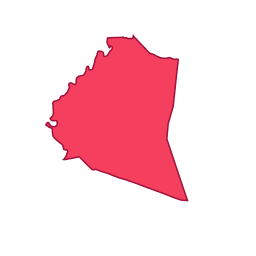 the district of Matam, Matam, Senegal, rotated 246°
{"feature_id": "50182788B95113260184043", "entity_name": "Matam", "entity_type": "district", "adm_level": 2, "iso_a3": "SEN", "parent_name": "Senegal", "parent_adm1": "Matam", "projection": "albers", "projection_center": [-13.438, 15.719], "detail": "fine", "context": "isolated", "style": "filled", "palette": "rose", "viewbox_px": 256, "rotation_deg": 246, "n_neighbors": 0, "source": "geoboundaries", "source_scale": "gbopen_adm2", "svg_char_len": 5849}
<svg xmlns="http://www.w3.org/2000/svg" viewBox="0 0 256 256"><g transform="rotate(246 128 128)"><path d="M218.5,146.3L218.2,146.1L218.4,145.8L217.5,145.3L216.3,144.5L215.1,143.8L214.3,143.6L213.5,143.5L212.5,143.5L211.8,143.6L211.5,143.7L211.4,143.7L211.2,143.7L209.4,143.6L209.0,143.6L208.9,143.7L208.8,143.8L208.7,143.9L208.8,144.1L209.0,144.3L209.1,144.2L209.4,144.0L209.7,144.0L210.6,144.0L211.0,144.1L209.9,145.1L209.6,145.4L209.4,146.1L209.2,146.3L208.8,146.5L208.4,146.4L207.7,146.3L207.1,145.9L206.8,145.7L206.4,145.2L206.0,144.4L205.9,143.8L205.8,143.3L205.7,143.0L205.5,142.8L205.3,142.5L204.8,141.7L204.0,140.7L203.8,140.3L203.2,139.5L202.7,138.3L202.5,137.8L202.6,137.2L202.7,136.6L203.0,135.8L203.3,135.3L203.5,135.1L203.9,135.1L204.9,135.5L205.8,135.9L206.4,136.1L206.6,136.1L206.9,136.1L207.4,135.8L208.3,135.4L208.7,135.2L208.9,134.8L209.6,133.6L210.1,132.5L210.2,132.1L210.1,131.8L210.0,131.5L209.7,131.3L209.0,130.8L208.6,130.2L208.3,130.0L207.8,129.8L207.2,129.3L206.6,128.5L205.8,127.7L204.7,126.5L204.3,126.0L203.9,125.7L202.3,124.6L201.0,123.7L199.9,122.9L198.7,121.7L197.8,120.7L197.6,120.6L197.2,120.5L196.9,120.4L196.7,120.3L196.3,119.5L196.2,119.2L196.2,118.9L196.3,118.0L196.5,117.0L196.6,116.5L196.8,116.2L197.0,116.0L197.3,116.0L197.6,116.0L197.9,116.2L198.3,116.5L198.9,116.8L199.6,116.9L200.0,116.9L200.4,116.7L200.7,116.3L200.8,116.0L200.7,115.6L200.3,115.1L199.7,114.4L198.6,113.5L198.1,113.3L197.9,113.2L197.7,113.1L197.3,112.9L196.9,112.5L196.3,111.7L195.7,111.0L195.0,110.0L194.6,109.1L194.5,108.5L194.5,107.9L194.5,107.3L194.6,107.0L195.0,105.2L195.3,104.4L195.3,104.0L195.3,103.7L195.1,103.0L194.9,102.5L194.7,101.8L194.4,101.4L194.2,101.1L193.4,100.5L192.4,99.9L191.9,99.6L191.5,99.6L191.2,99.6L190.8,99.3L190.1,98.8L189.6,98.3L189.2,97.7L189.1,97.4L189.2,97.2L189.5,97.0L189.7,96.8L190.1,96.3L190.4,96.0L191.6,95.0L192.2,94.5L192.6,94.0L192.7,93.5L192.7,92.9L192.5,92.3L192.2,92.0L191.7,91.6L191.2,91.3L190.1,91.3L189.7,91.2L189.1,90.9L188.0,90.1L186.2,88.2L185.6,87.4L185.3,86.8L185.1,86.2L184.9,85.8L184.2,84.6L183.9,84.0L183.8,83.3L183.8,82.3L184.1,81.2L184.2,80.3L184.1,79.5L183.8,79.0L183.4,78.6L182.8,77.9L182.4,77.6L182.2,77.3L182.0,76.9L181.9,76.6L182.0,76.2L182.0,74.8L181.9,74.5L181.9,74.1L182.0,73.5L182.3,72.6L182.4,72.3L182.4,71.7L182.5,71.5L182.4,71.0L182.2,70.5L182.1,70.2L181.8,69.9L181.3,69.5L180.9,69.2L180.3,69.0L179.8,69.0L179.3,68.9L178.7,68.6L177.8,68.2L176.9,67.8L176.4,67.6L175.7,67.4L173.9,66.7L173.4,66.4L172.8,66.2L171.8,65.8L170.6,65.1L170.4,65.0L169.9,64.4L169.6,63.8L169.4,63.4L169.3,62.9L169.1,62.6L168.9,62.3L168.8,61.4L168.5,61.0L168.3,60.9L168.0,60.8L167.2,60.8L166.6,61.0L166.1,61.3L165.6,61.8L165.3,62.2L165.1,62.6L164.8,63.1L164.6,63.9L164.2,64.8L163.8,65.5L163.5,65.8L163.2,65.8L162.7,65.7L162.1,65.6L161.2,65.4L160.2,64.7L159.7,64.4L159.3,63.8L159.2,63.2L159.0,62.4L159.1,61.6L159.3,60.7L159.8,59.8L160.4,59.3L160.9,58.8L161.3,58.5L161.9,58.2L162.4,58.1L163.2,58.0L164.1,57.8L164.6,57.8L165.3,57.6L165.6,57.2L165.7,56.9L165.6,56.5L165.4,56.1L165.2,55.5L165.0,55.1L164.8,54.8L164.4,54.5L164.2,54.3L163.9,54.2L163.6,54.3L163.4,54.4L163.1,54.8L162.8,55.2L162.3,55.6L161.8,55.8L161.4,55.9L160.9,56.1L160.4,56.8L159.8,57.3L159.0,58.0L158.2,58.2L157.7,58.2L157.2,58.1L156.7,58.0L156.4,57.9L156.0,57.7L155.5,57.5L153.9,56.9L152.5,56.5L151.8,56.4L151.4,56.3L151.1,56.3L149.3,56.6L148.3,56.9L146.8,57.5L144.6,58.6L142.4,59.7L141.8,60.0L140.7,60.6L139.7,61.1L139.0,61.3L138.2,61.3L136.5,61.0L135.6,60.7L135.1,60.6L134.6,60.7L134.0,61.2L133.7,61.6L132.8,63.0L132.2,63.5L131.6,63.7L131.2,63.4L130.7,63.1L130.2,62.6L129.0,61.4L127.9,60.4L127.1,59.4L126.5,58.6L125.9,57.5L125.5,56.7L125.4,56.4L125.1,56.9L124.5,58.5L124.2,60.0L123.9,61.7L123.4,63.1L123.2,64.1L123.0,64.8L122.7,66.3L122.4,67.8L122.1,69.0L121.7,70.6L121.5,71.8L111.1,75.7L107.8,77.0L104.9,78.2L104.5,78.4L104.3,78.7L104.0,79.0L103.8,79.5L103.6,80.4L103.6,81.2L103.5,81.4L103.4,81.6L98.9,86.3L94.6,91.2L89.9,95.7L85.4,100.4L81.0,105.6L78.9,107.6L78.8,108.0L77.4,109.4L76.3,110.6L75.2,111.8L71.1,116.0L68.6,118.4L64.3,122.9L56.9,130.5L54.8,132.6L44.9,142.5L40.8,146.9L40.1,148.0L37.5,152.9L45.1,153.5L71.4,156.0L102.1,159.0L115.5,166.4L129.4,178.1L149.8,189.9L170.2,201.8L170.5,201.6L170.7,201.3L171.0,200.8L171.2,200.4L171.4,199.9L171.4,199.4L171.6,198.9L171.9,198.5L172.0,198.0L172.4,197.5L173.0,197.0L173.4,196.7L173.7,196.4L173.8,196.2L174.2,195.9L174.5,195.6L174.8,195.4L174.9,195.2L175.1,194.8L175.4,194.6L175.5,194.2L175.7,193.4L175.8,193.0L176.0,192.5L176.0,192.0L176.1,191.5L176.3,190.9L176.6,190.4L176.8,190.0L176.9,189.6L177.2,188.9L177.5,188.3L178.2,187.4L178.5,186.7L178.9,186.4L179.1,186.1L179.2,185.7L179.6,185.5L179.9,185.2L180.3,185.1L180.8,184.5L181.1,184.2L181.5,183.9L181.8,183.5L182.3,183.1L182.9,182.7L183.2,182.4L184.2,181.7L184.5,181.5L184.8,181.1L185.2,180.9L185.5,180.5L185.8,180.1L186.1,179.8L186.3,179.4L186.6,179.2L186.9,179.0L187.0,178.7L187.3,178.3L187.8,178.2L188.4,177.9L188.9,177.7L189.4,177.5L190.1,177.3L191.4,176.8L192.2,176.5L192.7,176.4L193.5,176.1L194.1,175.9L194.6,175.8L195.0,175.6L195.5,175.3L196.1,175.1L196.9,174.9L197.5,174.6L198.3,174.3L199.5,174.0L200.1,173.7L201.5,173.2L202.2,173.0L202.8,172.7L203.3,172.6L203.9,172.4L204.5,172.1L205.3,171.9L206.0,171.7L206.6,171.4L207.7,171.0L208.1,170.8L208.6,170.7L209.1,170.7L209.4,170.4L209.9,170.3L209.7,170.2L209.1,169.7L208.7,169.5L208.4,169.2L208.1,168.4L208.1,168.1L208.2,167.6L208.3,167.3L208.5,166.8L208.8,166.5L209.0,166.4L209.0,166.1L209.3,165.5L209.5,165.1L209.4,164.7L209.6,164.4L209.9,164.0L210.2,163.8L210.6,163.7L210.9,163.5L211.2,163.1L211.4,162.6L211.6,162.0L211.7,161.5L211.9,161.3L212.1,161.0L212.4,160.8L212.8,160.8L212.9,160.4L213.1,160.0L213.2,159.5L213.5,159.0L213.7,158.4L215.2,154.5L215.8,153.3L216.4,151.7L217.1,150.0L218.1,147.3L218.5,146.3Z" fill="#f43f5e" stroke="#9f1239" stroke-width="1.5"/></g></svg>